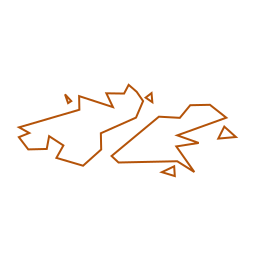 the border of Falkland Islands, rotated 187°
{"feature_id": "FLK", "entity_name": "Falkland Islands", "entity_type": "country or territory", "adm_level": 0, "iso_a3": "FLK", "parent_name": "South America", "parent_adm1": "", "projection": "natural_earth1", "projection_center": [-59.536, -51.789], "detail": "coarse", "context": "isolated", "style": "outline", "palette": "amber", "viewbox_px": 256, "rotation_deg": 187, "n_neighbors": 0, "source": "natural_earth", "source_scale": "50m", "svg_char_len": 740}
<svg xmlns="http://www.w3.org/2000/svg" viewBox="0 0 256 256"><g transform="rotate(187 128 128)"><path d="M168.0,85.1L195.4,89.6L190.0,102.8L205.3,110.3L206.1,97.3L224.4,94.6L235.2,105.6L225.4,111.0L236.2,115.4L178.5,140.2L180.4,153.7L145.5,146.9L153.7,159.8L136.1,161.7L132.6,170.9L123.8,165.0L116.3,156.6L121.3,139.3L154.3,119.5L152.0,103.4L168.0,85.1ZM75.1,101.0L133.2,92.6L140.9,98.2L98.7,143.0L77.8,144.4L69.0,158.2L49.5,161.0L31.7,150.2L78.2,126.7L56.0,121.8L77.8,115.6L56.8,92.4L75.1,101.0ZM19.8,132.2L37.1,128.5L32.6,141.1L19.8,132.2ZM89.0,88.3L77.5,95.6L75.7,86.0L89.0,88.3ZM114.2,160.3L108.9,165.5L107.0,156.6L114.2,160.3ZM190.5,145.4L194.6,153.7L187.6,147.8L190.5,145.4Z" fill="none" stroke="#b45309" stroke-width="2"/></g></svg>